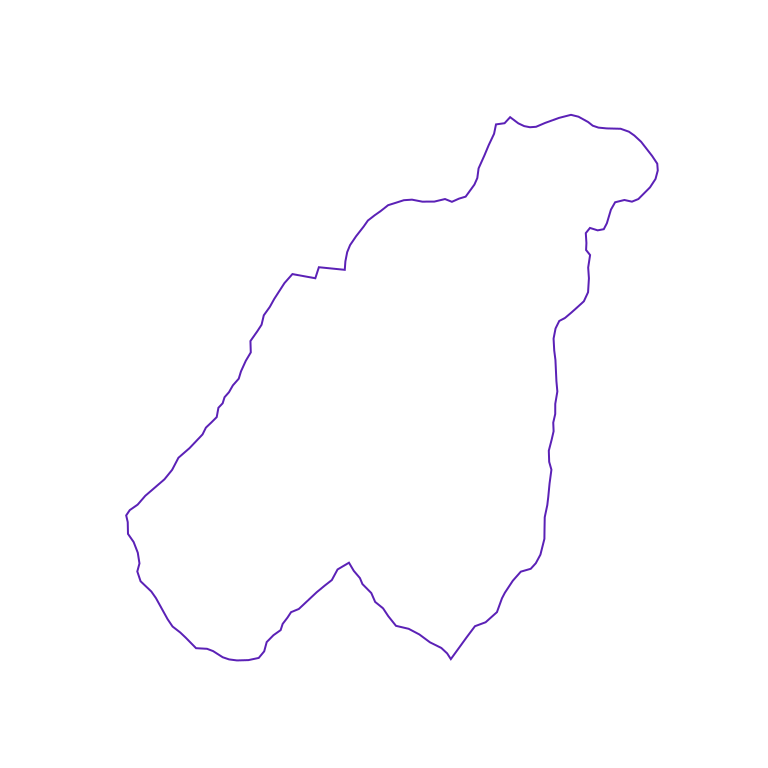 Amaporã, Paraná, Brazil (Albers equal-area conic projection), rotated 191°
{"feature_id": "56859067B75589258948916", "entity_name": "Amaporã", "entity_type": "district", "adm_level": 2, "iso_a3": "BRA", "parent_name": "Brazil", "parent_adm1": "Paraná", "projection": "albers", "projection_center": [-52.839, -23.139], "detail": "fine", "context": "isolated", "style": "outline", "palette": "violet", "viewbox_px": 768, "rotation_deg": 191, "n_neighbors": 0, "source": "geoboundaries", "source_scale": "gbopen_adm2", "svg_char_len": 2328}
<svg xmlns="http://www.w3.org/2000/svg" viewBox="0 0 768 768"><g transform="rotate(191 384 384)"><path d="M612.0,205.8L609.2,199.5L606.7,188.0L599.6,181.1L593.5,171.4L589.8,161.2L590.4,152.9L585.3,143.9L572.8,135.9L567.0,130.3L551.6,111.9L545.3,105.6L536.6,101.2L530.3,97.2L518.1,88.8L507.2,90.3L500.8,89.2L490.2,85.0L483.5,84.1L475.6,84.6L464.4,87.1L454.7,91.2L450.6,98.7L449.9,108.3L444.6,116.3L438.5,122.7L437.7,129.2L434.2,136.2L431.7,142.3L424.7,146.9L410.3,166.8L403.8,174.7L397.8,181.6L394.2,193.1L384.3,201.9L378.0,194.8L370.6,188.9L367.0,183.5L356.6,176.4L351.1,168.4L342.1,163.6L335.5,156.9L326.1,148.9L313.1,148.4L301.5,144.9L289.6,139.2L277.3,135.8L270.6,131.6L265.9,126.7L254.7,150.8L248.5,163.6L238.8,169.5L229.6,181.6L227.3,196.2L225.5,202.2L220.0,215.5L213.9,225.9L204.7,230.6L200.8,237.0L197.9,246.3L197.0,262.6L198.6,271.4L200.8,283.9L200.6,296.3L201.2,304.4L202.5,318.0L203.3,331.8L207.0,339.1L209.5,350.0L208.8,361.3L208.5,370.0L210.5,378.4L210.2,387.2L212.1,397.2L212.4,409.7L215.3,419.7L220.3,440.3L223.3,449.4L226.2,460.9L226.2,471.3L224.0,479.3L218.9,483.4L213.6,490.0L208.9,496.2L203.6,503.3L201.2,513.0L203.0,526.8L205.8,537.3L206.3,549.9L211.2,554.1L212.2,561.0L214.7,570.6L211.6,576.5L203.6,575.6L197.8,577.9L195.9,584.3L194.5,598.5L191.8,606.5L183.1,610.5L175.4,610.3L169.6,614.1L160.4,627.8L156.6,637.1L156.0,645.8L157.8,652.4L164.3,659.0L177.8,670.8L185.7,675.7L191.7,678.4L200.4,679.7L214.1,677.4L222.4,676.6L228.4,677.4L233.6,680.1L244.1,683.5L251.8,683.9L263.0,678.6L275.7,671.0L283.8,665.5L289.7,663.9L295.6,663.9L301.9,665.5L311.1,670.0L315.4,663.0L323.6,660.2L323.7,650.6L326.8,638.4L329.1,627.3L332.3,613.7L331.7,604.0L333.3,597.0L339.6,583.5L345.7,580.3L352.1,575.8L359.4,577.2L369.3,572.7L381.2,570.3L391.7,570.3L399.6,568.2L406.7,564.3L414.1,560.3L420.2,553.2L425.3,547.9L431.0,541.4L434.1,534.5L439.6,523.7L443.8,513.9L445.3,506.4L445.3,497.0L444.3,488.6L470.2,486.2L471.6,474.7L494.9,474.4L501.0,464.0L508.0,446.5L510.8,437.9L515.1,428.5L515.5,418.8L518.3,411.9L523.3,400.7L520.8,389.6L524.1,380.4L526.8,369.1L527.6,361.5L532.1,353.8L534.6,346.4L538.0,340.6L538.7,334.3L542.0,329.1L541.9,319.6L545.8,313.8L550.5,307.2L552.5,299.9L562.7,283.9L571.7,272.4L575.6,259.3L581.3,248.6L597.0,228.7L602.8,218.6L609.5,211.7L612.0,205.8Z" fill="none" stroke="#5b21b6" stroke-width="2"/></g></svg>